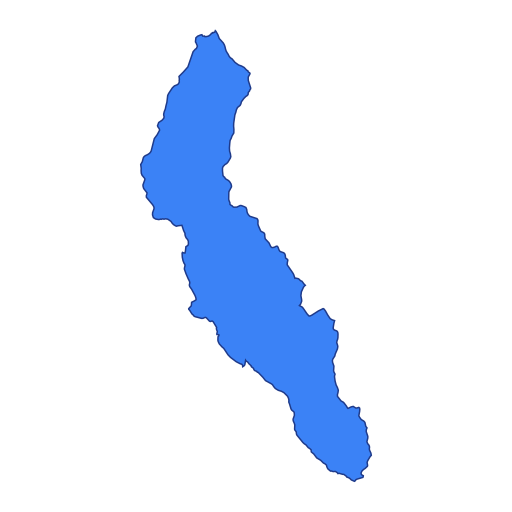 the district of Prigor, Caras-Severin, Romania
{"feature_id": "2599482B98874847530715", "entity_name": "Prigor", "entity_type": "district", "adm_level": 2, "iso_a3": "ROU", "parent_name": "Romania", "parent_adm1": "Caras-Severin", "projection": "orthographic", "projection_center": [22.122, 44.996], "detail": "fine", "context": "isolated", "style": "filled", "palette": "blue", "viewbox_px": 512, "rotation_deg": 0, "n_neighbors": 0, "source": "geoboundaries", "source_scale": "gbopen_adm2", "svg_char_len": 6059}
<svg xmlns="http://www.w3.org/2000/svg" viewBox="0 0 512 512"><path d="M371.3,455.3L370.9,453.1L369.6,450.3L369.3,449.0L369.5,447.6L369.4,446.2L368.7,444.8L367.7,443.7L366.9,441.7L367.8,438.0L367.8,436.3L366.2,431.6L366.3,429.7L367.0,427.9L365.8,426.4L364.9,422.4L363.8,421.1L361.2,419.5L359.6,417.3L358.8,415.8L359.6,411.5L359.8,409.3L359.6,408.1L358.8,407.4L356.9,408.0L355.7,408.0L353.2,406.4L351.1,406.9L348.0,408.4L347.5,408.0L346.5,406.2L344.0,402.9L343.3,402.2L341.0,400.9L337.5,396.4L337.4,394.8L338.0,392.4L338.3,390.2L337.4,387.5L336.1,384.9L335.1,381.1L334.5,376.8L334.6,375.6L335.0,374.4L334.9,373.8L334.1,372.4L333.6,370.9L333.9,366.1L332.6,362.4L332.4,360.5L332.8,359.1L334.8,356.0L335.2,354.1L337.4,349.0L337.7,347.3L337.8,346.2L337.2,344.0L336.7,342.9L337.0,340.8L337.6,339.3L337.9,337.6L338.0,334.0L337.8,332.5L337.3,331.4L336.2,330.7L334.3,330.0L333.3,328.9L333.2,327.6L333.9,323.2L334.6,320.6L332.3,319.9L330.2,318.7L327.7,315.0L325.5,311.0L324.0,309.0L323.1,308.6L318.3,311.0L311.9,315.1L310.5,315.8L309.6,316.0L308.9,315.9L307.0,313.8L303.1,308.1L302.1,307.0L299.4,305.6L300.6,304.1L301.7,301.1L301.6,299.5L300.9,295.7L301.4,291.8L303.4,287.4L304.2,286.2L305.3,285.3L304.0,284.0L302.0,281.3L300.4,280.6L299.3,279.4L298.3,278.7L295.7,278.1L294.9,278.3L293.7,274.6L292.9,273.1L287.2,264.8L287.3,262.6L287.8,260.4L287.6,259.5L285.6,258.0L285.4,256.7L285.3,255.4L284.8,253.9L283.8,252.8L280.4,251.6L279.8,251.2L278.9,249.7L278.1,247.4L277.4,246.3L276.3,246.2L274.4,247.2L272.6,247.6L271.8,247.5L270.8,246.7L269.0,242.9L265.2,238.8L264.8,236.5L264.7,234.1L263.9,232.8L261.0,231.3L260.5,230.6L258.5,226.0L257.9,224.1L258.0,220.7L257.7,219.6L257.0,218.6L249.9,216.3L248.6,215.0L247.5,213.3L247.0,211.7L246.7,209.4L245.9,207.5L244.3,206.7L241.5,205.6L240.2,205.5L236.9,207.1L233.8,207.2L232.9,206.7L232.2,205.9L230.5,204.9L230.0,204.4L229.9,202.8L228.9,200.2L228.7,199.2L228.8,193.1L228.9,191.7L231.5,186.8L231.4,185.4L230.9,183.7L229.5,181.5L228.4,180.5L225.4,178.7L224.6,177.2L223.8,176.7L223.0,175.6L222.5,171.0L222.5,168.0L223.1,166.5L225.0,164.5L226.6,163.6L227.9,162.2L230.3,158.2L230.8,156.7L230.4,153.8L229.6,151.2L229.4,148.0L229.8,142.8L230.1,140.4L231.2,138.3L232.0,136.0L233.8,133.0L233.9,129.5L233.6,126.1L233.7,123.1L234.9,114.8L235.8,112.3L236.4,109.8L237.5,107.5L240.1,105.4L240.9,103.8L241.4,101.8L243.8,98.5L245.9,96.4L246.9,95.8L247.8,94.9L248.1,94.3L248.3,92.4L249.5,91.0L250.0,89.6L250.6,88.9L250.7,88.0L248.3,80.5L248.2,78.1L248.3,76.9L250.0,73.8L249.9,73.1L248.2,71.8L247.8,70.7L246.7,70.2L244.2,67.5L241.5,66.0L238.6,65.0L235.0,62.4L232.1,58.9L230.3,57.7L229.2,56.4L228.1,54.2L227.1,52.7L226.1,50.9L225.5,49.0L225.0,46.8L224.4,45.0L223.3,43.0L219.3,38.6L217.8,34.6L215.9,31.3L215.3,30.7L214.8,32.0L214.5,32.3L212.7,32.6L212.7,33.1L211.4,33.3L210.7,34.5L208.5,36.1L205.8,36.7L205.4,36.5L204.8,36.6L204.4,36.0L203.2,36.2L202.7,36.1L201.9,34.7L200.5,35.0L197.6,36.2L195.9,37.8L195.5,41.1L195.5,42.0L196.0,42.7L197.4,46.1L196.6,48.1L196.2,48.7L195.4,49.1L193.1,51.7L187.9,66.9L183.3,72.1L179.0,76.4L179.4,79.3L179.2,80.0L179.3,82.1L178.4,83.9L177.1,84.8L174.4,85.9L172.4,87.8L168.7,93.4L167.7,95.4L166.9,102.3L166.0,105.7L165.3,109.1L164.3,111.5L163.7,114.0L163.7,115.1L164.1,116.7L163.8,118.2L162.2,120.1L158.7,122.5L157.5,125.8L158.0,127.0L159.3,128.8L159.6,130.2L157.2,134.7L154.3,138.6L151.2,150.9L150.4,152.3L149.4,153.4L147.6,154.6L145.2,155.7L144.0,156.7L143.3,157.8L142.3,161.7L140.7,164.5L141.2,168.3L141.1,170.7L141.3,173.3L142.1,175.3L144.5,178.2L144.9,178.9L144.8,179.8L143.0,184.8L143.0,186.0L143.5,188.0L144.1,189.1L147.0,192.8L146.9,193.9L146.3,195.8L146.4,197.3L152.6,204.7L153.6,206.3L154.0,207.5L154.0,208.8L152.6,212.7L152.5,214.9L153.4,217.6L155.5,219.0L158.9,219.6L160.7,219.1L161.3,219.3L162.5,218.9L163.3,219.0L164.0,219.2L165.5,218.8L167.8,219.2L171.0,221.4L172.1,223.1L173.5,224.6L175.6,225.9L176.6,226.2L177.8,225.8L181.9,225.3L183.6,230.5L185.0,233.4L185.0,234.8L185.4,236.2L186.1,237.8L187.6,239.6L188.3,241.1L188.4,244.0L187.9,245.4L185.9,246.7L185.4,251.2L185.0,253.0L183.6,252.9L182.5,252.4L182.1,253.2L182.3,257.2L183.0,260.6L184.1,263.4L184.8,264.3L185.0,265.7L184.4,268.2L184.4,269.2L186.0,273.7L188.3,279.0L189.5,281.3L189.8,282.9L189.4,284.6L189.4,285.6L189.8,286.7L191.7,289.4L195.0,295.5L195.7,297.3L196.1,299.1L196.0,299.8L194.4,300.9L191.6,302.3L191.4,305.0L191.2,305.9L188.7,308.6L188.8,309.4L189.6,310.2L192.0,314.0L193.3,315.1L194.1,316.2L195.2,316.7L201.6,318.4L203.0,318.3L204.8,317.5L205.6,317.4L206.4,317.8L209.4,321.1L210.3,321.5L212.0,321.0L213.1,321.6L216.6,327.4L216.4,328.4L216.6,329.7L217.3,331.3L217.2,332.3L216.9,333.3L216.9,334.5L218.8,334.7L218.9,335.4L218.8,335.8L218.0,336.8L217.9,340.2L218.2,341.6L219.3,343.9L222.1,347.0L223.7,348.3L228.0,354.8L230.5,357.4L236.2,361.7L240.3,363.8L241.9,364.3L242.6,365.3L242.7,366.7L243.7,366.1L244.5,365.3L244.9,364.4L245.6,360.2L246.3,361.2L247.7,362.0L248.9,363.7L251.2,365.8L251.2,366.4L251.6,367.0L252.3,367.3L253.5,368.4L254.0,369.8L254.8,370.6L256.8,371.4L257.0,371.9L257.5,372.3L258.1,372.3L262.9,377.3L265.5,380.6L271.5,383.9L272.5,384.7L273.8,386.7L275.3,388.5L278.3,390.3L281.5,391.3L284.0,392.7L287.5,396.2L288.5,398.3L288.9,400.2L288.8,402.1L289.6,404.2L291.0,408.9L291.7,410.1L293.7,411.7L294.2,412.5L294.4,415.3L293.1,419.1L293.1,420.1L293.4,421.3L294.2,423.0L294.8,425.0L294.6,428.8L294.7,429.8L296.2,431.8L296.5,434.2L296.9,435.1L302.9,442.5L304.3,443.8L305.9,444.8L308.2,447.6L309.8,448.6L311.1,449.8L311.3,451.9L313.8,454.0L316.7,457.9L320.7,460.3L323.4,463.0L324.8,463.7L326.1,464.8L326.5,465.2L326.8,466.7L327.8,468.8L328.7,469.6L330.5,471.1L331.4,471.0L333.2,471.6L335.2,471.4L336.5,472.1L337.4,472.8L337.9,473.6L339.1,473.3L342.6,474.3L343.9,474.4L346.5,476.4L346.7,477.0L348.8,477.8L349.9,478.5L351.3,479.9L354.4,481.3L355.2,480.8L355.9,479.7L357.1,479.1L362.9,477.4L363.2,476.6L363.3,475.7L362.1,475.1L361.3,474.2L361.1,473.9L361.2,472.5L362.2,470.7L363.8,469.3L365.2,468.4L367.4,466.3L367.6,465.4L367.1,462.4L367.6,460.9L370.0,456.8L371.3,455.3Z" fill="#3b82f6" stroke="#1e3a8a" stroke-width="1.5"/></svg>